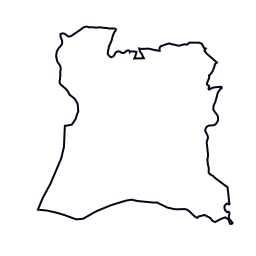 the district of Kota Prabumulih, Sumatera Selatan, Indonesia, rotated 175°
{"feature_id": "22746128B13695709263199", "entity_name": "Kota Prabumulih", "entity_type": "district", "adm_level": 2, "iso_a3": "IDN", "parent_name": "Indonesia", "parent_adm1": "Sumatera Selatan", "projection": "orthographic", "projection_center": [104.198, -3.455], "detail": "fine", "context": "isolated", "style": "outline", "palette": "ink", "viewbox_px": 256, "rotation_deg": 175, "n_neighbors": 0, "source": "geoboundaries", "source_scale": "gbopen_adm2", "svg_char_len": 5557}
<svg xmlns="http://www.w3.org/2000/svg" viewBox="0 0 256 256"><g transform="rotate(175 128 128)"><path d="M105.5,51.2L96.1,45.5L89.2,43.2L85.8,42.7L78.5,42.3L76.3,41.5L74.5,40.0L68.7,33.5L66.7,32.4L65.7,33.6L59.4,34.7L53.8,31.1L52.0,28.2L49.5,26.7L43.2,29.4L38.8,30.5L35.6,27.7L35.1,24.9L34.4,23.4L32.5,23.7L32.1,24.3L33.5,26.5L35.2,28.4L35.3,30.0L35.2,31.8L34.4,33.4L34.4,34.8L34.8,35.6L35.6,35.9L36.5,35.4L38.4,37.6L38.8,39.3L38.7,41.8L37.0,43.6L35.4,44.1L34.1,43.1L33.6,43.2L33.6,43.5L33.6,45.2L33.6,45.3L33.7,46.1L33.8,53.3L34.1,60.5L37.5,63.3L40.1,65.7L42.6,67.9L45.1,70.1L47.5,72.8L50.3,74.8L51.4,76.2L51.5,77.4L51.2,79.3L51.0,81.0L51.5,83.9L51.6,86.3L51.7,89.9L51.0,91.8L50.6,94.4L50.6,96.2L50.7,98.7L50.7,101.6L50.8,104.1L51.0,106.5L50.6,107.6L50.0,109.3L49.1,111.4L49.4,113.2L49.7,114.6L50.7,116.7L51.2,118.2L51.2,118.3L51.2,118.7L51.2,119.1L51.2,119.3L51.2,119.5L51.1,119.8L51.0,120.0L50.8,120.3L50.6,120.7L50.5,120.9L50.4,121.1L50.2,121.4L50.1,121.6L49.9,121.8L49.6,122.0L49.2,122.4L49.0,122.6L48.6,122.8L48.2,123.0L47.9,123.2L47.6,123.3L46.9,123.3L46.5,123.3L45.0,123.3L44.5,123.3L44.0,123.3L43.0,123.3L42.2,123.3L41.3,123.7L40.4,124.1L40.1,124.4L39.8,124.7L39.6,125.0L38.9,125.9L38.4,126.4L38.1,127.1L37.8,127.6L37.6,128.3L37.5,128.8L37.5,129.0L37.4,129.7L37.4,130.2L37.4,130.6L37.4,130.9L37.5,131.3L37.6,131.9L37.6,132.1L37.8,132.6L38.0,133.1L38.3,133.6L38.6,134.0L38.8,134.3L39.0,134.8L39.2,135.1L39.4,135.5L40.2,136.6L40.3,136.8L40.4,137.0L40.9,137.8L41.2,138.5L41.3,138.8L41.4,139.1L40.9,142.1L40.9,142.4L40.8,142.7L40.3,143.7L39.8,144.6L39.1,145.7L38.8,146.4L38.6,146.8L38.5,147.1L38.3,147.5L38.3,147.8L38.1,148.1L37.9,148.6L37.7,149.0L37.6,149.4L37.4,150.0L37.2,150.4L37.0,151.1L36.6,152.0L36.5,152.5L35.8,154.5L35.4,155.3L35.2,155.8L34.9,156.2L34.3,156.8L33.8,157.4L33.4,157.9L33.0,158.4L32.8,158.6L32.6,158.8L32.3,159.2L31.8,159.2L31.5,159.2L31.2,159.6L31.1,160.0L31.1,160.5L31.3,160.7L31.5,160.8L31.8,160.9L32.0,160.9L32.3,160.9L32.5,160.9L33.3,161.0L33.7,161.0L34.5,160.9L35.2,161.0L35.7,161.0L36.0,161.0L37.2,160.9L37.5,161.0L38.3,161.0L39.0,160.7L39.4,160.7L39.9,160.7L40.1,160.7L41.0,160.5L41.6,160.3L42.7,159.8L43.1,159.7L43.2,159.3L43.6,159.2L43.9,159.3L44.2,159.7L44.4,160.1L44.1,160.8L43.7,161.6L43.5,162.1L43.5,162.5L43.8,163.2L43.9,163.3L44.2,163.5L44.4,163.6L44.7,163.7L44.9,163.8L45.2,164.0L45.3,164.3L45.4,164.6L45.4,164.8L45.5,165.1L45.5,165.6L45.3,165.8L45.2,166.0L45.1,166.4L45.0,166.5L44.8,166.8L44.0,168.6L43.5,169.5L43.2,169.9L43.0,170.3L42.9,170.6L42.8,171.0L42.7,171.4L42.7,171.5L42.7,172.1L42.6,172.4L42.6,172.9L42.7,173.2L42.7,173.3L42.1,173.5L40.0,175.6L38.5,177.6L36.5,181.7L35.9,184.0L33.7,185.5L43.4,195.5L45.1,198.6L43.6,200.4L45.2,200.9L47.0,205.4L49.7,206.8L59.6,207.7L60.5,206.9L61.2,206.3L62.0,205.9L62.4,206.0L63.0,206.2L63.7,206.3L64.7,206.4L66.0,206.3L67.1,206.0L68.3,205.7L69.3,205.6L69.8,205.6L70.1,205.6L70.8,205.7L72.0,206.0L73.1,206.5L74.2,206.8L76.0,207.3L77.7,207.8L78.9,208.5L79.4,208.6L79.8,208.6L80.8,208.4L82.1,208.1L83.2,207.9L84.6,207.6L85.8,207.2L86.3,207.0L87.1,206.9L88.0,206.7L88.6,206.4L89.0,205.8L89.4,205.2L89.6,204.6L89.7,203.3L89.7,202.4L89.7,202.1L89.8,202.1L93.4,203.0L100.7,205.3L106.3,205.5L109.0,205.8L109.8,206.2L109.8,204.8L108.9,202.3L107.6,199.9L106.2,196.1L115.7,196.7L114.7,198.4L113.5,201.3L113.0,203.1L113.6,203.2L115.1,203.8L116.4,203.7L117.7,204.0L119.1,204.0L119.0,204.6L119.6,203.6L119.7,204.0L120.1,204.7L120.1,204.9L120.5,205.1L121.1,205.3L122.0,205.2L122.7,204.8L123.4,204.6L123.9,204.1L124.4,203.8L124.8,203.4L125.7,203.2L126.6,203.1L127.2,203.3L128.1,203.7L128.5,204.0L129.0,204.4L129.2,204.6L129.6,204.9L130.4,205.1L130.9,205.2L131.9,205.0L132.7,204.8L132.9,204.8L133.9,204.1L134.4,203.3L135.0,202.2L135.5,201.4L136.2,200.8L137.1,200.4L137.6,200.2L138.3,200.2L138.5,200.0L139.1,200.3L140.1,201.0L140.8,202.0L141.0,202.1L140.9,202.1L141.5,203.0L141.7,203.7L141.5,205.1L141.1,206.7L140.9,207.4L140.5,208.6L140.3,209.3L139.9,210.9L139.8,211.1L139.4,211.7L139.3,211.8L139.1,212.2L138.9,212.5L138.3,213.7L138.1,214.0L137.3,215.4L137.2,215.6L136.6,216.9L136.6,217.1L136.3,217.8L136.1,218.5L135.8,219.4L135.5,220.2L135.2,220.8L134.7,221.9L134.3,222.8L134.0,223.3L133.7,223.9L132.7,225.3L132.0,225.9L131.4,226.9L131.7,227.8L132.2,228.1L133.6,228.3L134.4,228.4L135.2,228.6L136.2,228.6L136.7,228.6L137.4,228.7L138.1,228.7L138.6,228.9L139.1,229.1L139.7,229.3L140.6,229.4L141.7,229.6L142.5,229.7L143.8,230.0L145.6,230.4L147.7,230.8L149.6,230.8L151.0,230.7L152.7,231.1L155.1,231.5L157.5,231.7L158.2,231.7L160.1,232.6L161.1,232.6L162.1,232.4L163.6,232.1L167.4,229.7L169.6,228.5L171.4,227.5L173.7,226.2L175.5,225.3L176.6,224.5L177.6,224.5L178.8,224.2L180.0,224.6L181.2,226.0L183.0,227.4L184.3,227.9L185.3,228.0L186.5,227.6L187.2,227.3L187.3,225.4L186.8,223.6L186.6,222.4L186.0,220.8L186.1,219.2L186.4,217.7L187.3,216.2L189.1,214.5L190.5,213.1L191.4,211.6L192.3,210.4L192.7,208.7L193.2,206.8L193.1,205.1L193.1,204.5L193.3,204.5L193.0,203.1L192.8,201.4L192.3,199.7L191.5,198.2L190.5,196.6L190.0,195.2L189.8,193.3L190.1,191.8L190.5,190.1L190.8,189.3L190.6,187.5L190.9,186.0L191.3,183.8L191.6,182.1L192.1,180.3L192.1,178.7L191.0,176.9L186.9,172.7L185.7,171.4L185.3,170.5L184.4,169.1L183.6,167.1L183.2,165.9L182.9,165.9L178.6,161.9L176.3,157.1L176.0,154.5L176.1,148.9L177.9,145.3L179.4,141.5L183.7,136.2L190.7,135.6L193.5,114.5L197.2,103.5L210.3,78.9L219.0,65.8L224.9,54.5L215.8,52.8L205.8,49.6L198.2,46.5L187.6,41.5L180.6,41.5L169.1,46.8L165.4,48.3L150.8,52.8L136.5,55.8L130.9,56.3L124.8,54.4L109.6,51.6L105.5,51.2Z" fill="none" stroke="#020617" stroke-width="2"/></g></svg>